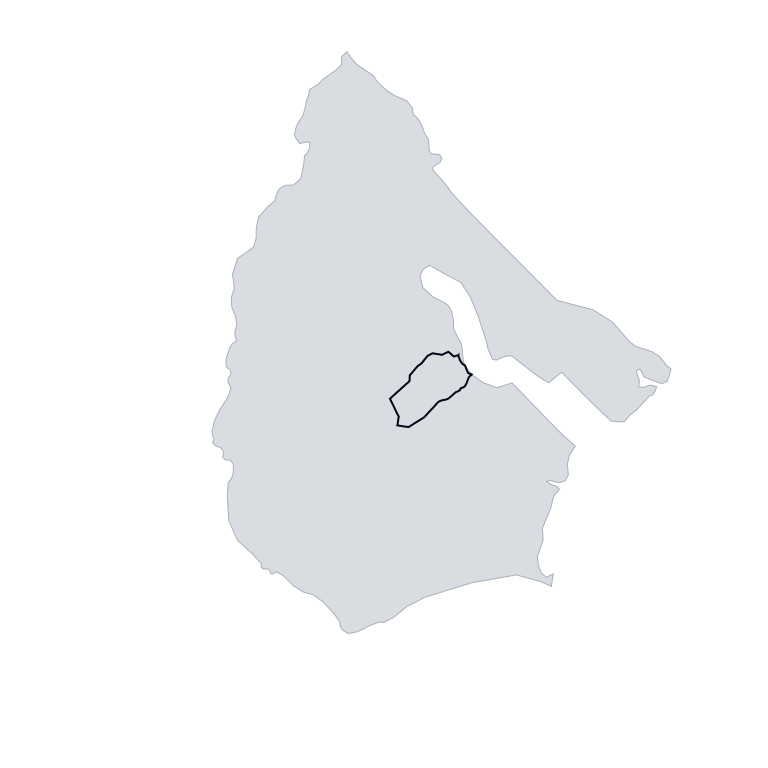 Koungheul, Kaffrine, Senegal shown in context, rotated 225°
{"feature_id": "50182788B42114348275286", "entity_name": "Koungheul", "entity_type": "district", "adm_level": 2, "iso_a3": "SEN", "parent_name": "Senegal", "parent_adm1": "Kaffrine", "projection": "natural_earth1", "projection_center": [-14.806, 14.237], "detail": "fine", "context": "in_parent", "style": "outline", "palette": "ink", "viewbox_px": 768, "rotation_deg": 225, "n_neighbors": 0, "source": "geoboundaries", "source_scale": "gbopen_adm2", "svg_char_len": 7968}
<svg xmlns="http://www.w3.org/2000/svg" viewBox="0 0 768 768"><g transform="rotate(225 384 384)"><path d="M568.4,353.7L576.5,369.7L574.8,377.4L573.0,388.5L577.5,396.7L582.8,402.0L586.6,406.9L590.8,413.6L591.5,427.0L590.8,436.7L593.5,441.0L595.9,446.6L595.4,451.2L593.9,455.2L588.8,460.6L588.0,470.6L596.3,482.8L601.6,489.4L601.6,493.2L603.1,497.3L607.0,502.2L609.4,501.0L612.1,497.1L613.3,494.4L620.4,495.6L623.7,496.8L628.3,504.7L630.0,510.0L631.1,516.6L635.9,524.9L640.1,530.8L641.0,534.4L644.7,539.3L642.4,550.3L642.7,555.9L640.2,570.6L639.7,577.5L639.9,580.1L645.5,585.3L645.0,592.8L639.2,591.5L629.3,590.6L609.3,594.5L602.5,592.9L589.4,593.4L580.1,595.5L568.2,600.4L559.0,599.2L554.1,595.4L547.5,595.6L540.1,593.6L532.3,589.9L525.1,588.1L517.4,581.3L513.7,580.1L511.2,581.8L509.1,584.1L506.8,585.5L502.6,584.3L501.0,579.7L502.3,575.2L502.7,571.8L500.8,570.0L496.0,569.4L488.4,569.4L476.1,568.0L473.3,567.1L445.8,566.0L417.2,565.8L393.0,565.7L362.5,565.6L341.0,565.5L320.9,565.4L305.5,574.4L288.7,584.2L266.2,589.4L240.2,587.5L231.9,588.9L223.4,593.3L217.0,596.4L208.1,598.3L196.6,596.8L191.9,597.7L189.0,593.2L185.7,586.0L187.8,580.7L194.8,577.3L205.4,572.8L211.0,575.1L214.2,575.2L214.8,572.4L213.8,570.9L205.8,567.0L201.7,561.9L198.2,564.9L195.3,571.1L192.8,573.0L189.2,574.8L187.2,570.5L186.3,566.4L187.9,563.2L187.1,545.2L188.1,535.6L187.6,527.2L192.7,521.7L197.4,518.3L215.9,517.9L233.2,517.6L249.8,517.8L266.7,518.0L268.4,501.3L273.7,499.9L281.7,498.2L296.7,496.2L313.3,494.2L316.8,490.9L319.6,485.4L321.4,480.4L324.8,478.3L329.4,479.9L335.5,482.5L341.9,486.6L349.1,490.3L353.9,492.7L365.5,498.6L385.4,506.8L401.7,510.1L421.4,504.1L435.6,500.2L437.4,493.0L435.2,486.0L424.6,479.5L410.1,480.3L405.7,482.0L399.0,484.1L395.0,485.0L388.2,483.5L379.5,477.9L374.1,472.3L366.5,469.7L357.5,467.1L343.1,455.5L335.6,453.4L328.4,452.8L314.7,455.1L301.4,461.3L294.3,475.3L280.9,475.1L252.5,474.6L226.4,474.2L204.8,475.2L202.7,465.0L197.6,456.9L189.3,450.0L187.5,443.6L190.3,438.0L198.4,433.4L200.2,430.1L196.0,430.6L189.6,433.6L185.4,433.7L184.9,424.9L177.9,413.4L170.1,394.1L161.1,386.1L153.6,370.4L145.8,364.4L138.6,361.6L132.4,362.2L130.1,369.4L122.5,359.1L133.0,355.4L155.5,342.5L181.4,305.5L204.6,261.6L207.6,251.3L210.4,243.4L212.3,225.5L215.7,214.8L218.8,212.8L222.7,204.6L227.5,190.3L232.8,182.3L238.8,180.8L243.5,181.4L246.8,184.4L256.5,186.2L272.7,186.9L285.2,184.8L294.0,179.8L305.5,177.3L319.9,177.2L327.4,175.1L328.2,171.0L330.0,169.8L333.0,171.4L335.9,170.8L338.5,167.8L341.1,167.6L343.8,170.2L355.8,170.9L377.2,169.9L396.9,177.5L415.1,193.5L424.5,204.2L425.1,209.6L428.1,215.0L433.5,220.5L438.5,221.5L443.0,218.0L446.5,218.4L449.1,222.6L454.3,223.4L460.0,220.9L464.2,221.8L464.9,224.2L465.9,225.5L468.6,226.1L472.4,229.3L477.7,237.8L482.0,249.7L485.3,265.0L489.7,273.3L495.1,274.7L498.3,277.8L498.9,281.4L500.5,283.9L503.1,285.3L507.7,284.5L513.1,289.6L518.9,300.8L519.8,305.9L518.9,308.6L519.3,310.6L523.1,312.5L526.8,316.1L529.8,321.6L536.2,326.5L546.1,330.8L553.2,337.2L557.5,345.7L566.6,352.9L568.4,353.7Z" fill="#d9dde1" stroke="#a8b0b8" stroke-width="1"/><path d="M328.7,452.8L328.8,452.8L329.0,452.5L329.6,452.3L330.0,452.2L330.4,452.0L330.8,451.8L331.2,451.7L332.0,451.3L332.4,451.2L333.0,451.5L333.8,451.8L335.2,452.4L336.5,452.9L337.5,453.4L337.6,453.5L337.9,453.6L338.0,453.6L338.3,453.8L338.5,453.8L339.1,454.0L339.5,454.1L339.8,454.2L340.1,454.4L340.3,454.3L340.5,454.3L340.7,454.2L341.0,454.1L341.4,453.9L341.7,453.9L341.9,453.8L342.1,453.8L342.4,453.8L342.6,453.8L342.8,453.8L343.1,453.8L343.3,453.8L343.6,453.8L343.8,453.8L344.0,453.9L344.3,453.9L344.5,454.0L344.8,454.0L345.0,454.0L345.3,454.1L345.6,454.2L345.8,454.2L346.0,454.2L346.1,454.3L346.3,454.4L346.5,454.4L346.7,454.5L346.9,454.6L347.2,454.6L347.5,454.7L347.6,454.8L347.8,454.9L348.1,455.0L348.3,455.2L348.5,455.2L348.7,455.3L349.0,455.4L349.2,455.6L349.4,455.6L349.5,455.7L349.7,455.8L350.0,455.9L350.3,456.1L350.5,456.2L350.8,456.3L351.0,456.5L351.3,456.6L351.4,456.8L351.6,456.9L351.7,457.0L351.8,457.1L351.8,456.9L351.9,456.7L351.9,456.4L352.1,456.2L352.3,456.0L352.3,455.7L352.7,455.5L352.8,455.1L353.1,454.7L353.3,454.3L353.4,454.0L353.6,453.8L353.7,453.5L353.8,453.1L354.1,453.0L354.2,452.8L354.3,452.8L354.6,452.7L354.8,452.8L355.2,452.8L355.7,452.7L356.2,452.7L356.6,452.6L356.9,452.7L357.5,452.6L358.0,452.6L358.4,452.6L358.7,452.5L359.2,452.5L359.9,452.4L360.5,452.4L361.1,452.3L361.3,452.2L361.5,451.7L361.6,451.3L361.8,451.0L361.9,450.8L361.9,450.5L362.1,450.0L362.2,449.7L362.4,449.2L362.6,448.6L362.7,448.4L362.8,448.0L363.0,447.5L363.2,446.9L363.4,446.3L363.6,445.6L363.8,445.4L364.1,445.2L364.6,445.0L364.8,444.8L365.1,444.7L365.5,444.4L365.8,444.2L366.0,443.9L366.5,443.6L366.8,443.4L367.1,443.2L367.3,443.1L367.6,442.8L367.8,442.5L368.3,442.3L368.6,442.1L368.8,441.9L369.3,441.5L369.6,441.3L369.9,441.1L370.3,440.9L370.6,440.5L371.0,440.4L371.1,440.2L371.4,440.0L371.5,439.8L371.6,439.4L371.7,439.1L371.8,438.9L371.9,438.5L372.0,438.2L372.1,437.9L372.2,437.5L372.3,437.2L372.3,436.9L372.5,436.6L372.6,436.3L372.6,436.1L372.7,435.8L372.8,435.5L372.9,435.3L372.9,435.1L373.0,434.8L373.1,434.6L373.1,434.3L373.1,434.2L373.0,433.8L373.0,433.5L373.0,433.4L373.0,433.2L372.9,432.9L372.8,432.5L372.8,432.3L372.8,432.0L372.8,431.7L372.7,431.5L372.7,431.1L372.6,430.8L372.7,430.3L372.6,430.1L372.6,429.8L372.6,429.6L372.5,429.3L372.5,429.0L372.4,428.8L372.4,428.5L372.4,428.3L372.4,428.0L372.3,427.9L372.3,427.5L372.3,427.3L372.3,427.0L372.2,426.8L372.2,426.5L372.2,426.3L372.2,426.0L372.1,425.9L372.1,425.7L372.1,425.3L372.1,425.1L372.1,424.8L372.2,424.6L372.2,424.4L372.3,424.0L372.3,423.9L372.3,423.7L372.4,423.2L372.4,422.9L372.5,422.6L372.5,422.4L372.6,422.1L372.6,421.9L372.7,421.5L372.7,421.2L372.8,420.7L372.8,420.4L372.8,420.1L372.8,419.9L372.8,419.6L372.8,419.3L372.8,419.0L372.7,418.8L372.7,418.5L372.7,418.2L372.7,417.9L372.7,417.6L372.6,417.3L372.6,417.1L372.6,416.8L372.6,416.6L372.5,416.4L372.5,416.2L372.5,415.9L372.5,415.7L372.5,415.4L372.4,415.2L372.4,414.8L372.4,414.7L372.4,414.4L372.4,414.2L372.3,413.7L372.3,413.4L372.3,413.0L372.3,412.7L372.2,412.6L372.2,412.4L372.2,412.2L372.2,411.9L372.1,411.5L372.1,411.2L372.1,410.8L372.1,410.5L372.0,410.3L372.0,410.0L372.0,409.7L371.9,409.2L371.9,408.8L371.9,408.5L371.9,408.4L371.7,408.1L371.3,407.7L371.1,407.5L371.0,407.4L370.7,407.1L370.6,406.9L370.3,406.6L369.9,406.2L369.6,405.9L369.4,405.6L369.1,405.4L368.8,405.1L368.5,404.7L368.4,404.6L368.2,404.4L368.1,404.2L368.0,403.1L368.1,401.6L368.3,398.9L368.4,396.3L368.6,393.6L368.7,390.9L368.8,389.2L368.9,388.3L369.0,385.6L369.1,382.9L369.2,381.6L369.2,380.3L369.4,377.8L367.1,377.0L364.7,376.2L362.3,375.4L360.0,374.6L358.5,374.1L357.6,373.7L355.3,372.9L352.9,372.1L350.5,371.4L348.8,368.9L347.0,366.6L345.3,364.2L342.9,365.9L340.7,367.5L338.4,369.2L337.7,369.8L336.2,370.9L335.6,373.2L335.6,373.4L335.2,375.0L334.9,376.5L334.5,378.4L334.0,380.3L333.5,382.7L333.1,384.1L332.9,385.2L332.9,385.4L332.7,385.9L332.1,388.6L332.1,389.1L332.1,390.3L332.2,391.4L332.2,392.6L332.3,393.7L332.3,394.1L332.3,395.1L332.4,396.1L332.4,397.0L332.5,399.6L332.5,401.4L332.6,403.8L332.7,405.0L332.8,406.3L332.9,408.8L332.9,409.3L332.8,410.0L332.6,410.9L332.4,411.5L332.0,412.4L331.6,413.1L331.5,413.3L331.4,413.5L330.9,414.3L330.5,415.0L329.6,416.1L329.3,416.5L329.1,417.2L329.0,417.4L328.3,418.8L328.1,419.4L328.0,420.9L327.9,422.3L327.8,423.2L327.7,425.1L327.6,427.1L327.5,429.0L326.9,430.1L326.7,431.0L326.2,431.9L326.2,432.3L326.1,433.3L326.0,433.5L326.2,434.0L326.3,434.0L326.4,434.3L326.6,434.6L326.7,434.8L326.7,435.1L326.6,435.5L326.4,435.9L326.3,436.2L326.1,436.7L325.8,437.1L325.6,437.6L325.5,437.9L325.4,438.4L325.3,438.7L325.3,439.2L325.3,439.7L325.4,440.2L325.4,440.5L325.5,440.8L325.7,441.5L325.8,441.7L326.0,442.3L326.2,443.1L326.6,443.7L326.9,444.5L327.1,444.9L327.7,446.2L328.0,446.9L328.1,447.0L328.3,447.6L328.7,448.7L328.8,449.6L328.8,450.4L328.7,451.4L328.7,451.9L328.7,452.6L328.7,452.8Z" fill="none" stroke="#020617" stroke-width="2"/></g></svg>